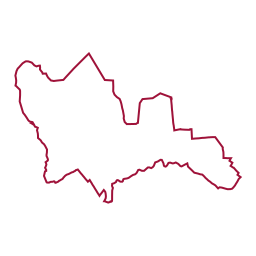 Río Blanco, Veracruz, Mexico (Robinson projection)
{"feature_id": "50627088B97163330601020", "entity_name": "Río Blanco", "entity_type": "district", "adm_level": 2, "iso_a3": "MEX", "parent_name": "Mexico", "parent_adm1": "Veracruz", "projection": "robinson", "projection_center": [-97.148, 18.845], "detail": "fine", "context": "isolated", "style": "outline", "palette": "rose", "viewbox_px": 256, "rotation_deg": 0, "n_neighbors": 0, "source": "geoboundaries", "source_scale": "gbopen_adm2", "svg_char_len": 4714}
<svg xmlns="http://www.w3.org/2000/svg" viewBox="0 0 256 256"><path d="M240.6,177.1L239.8,176.5L238.9,175.9L238.1,175.2L237.5,174.8L238.6,172.9L236.3,170.7L233.8,167.8L233.5,167.8L230.6,165.9L230.9,165.5L231.9,163.7L232.4,162.7L229.5,160.8L230.5,158.9L230.7,158.5L230.9,158.2L227.3,158.2L227.2,158.2L226.5,158.1L223.5,158.0L223.5,156.4L223.5,154.7L223.4,152.0L222.9,149.8L222.8,149.5L222.7,148.1L222.7,147.7L222.8,147.4L222.4,146.9L215.2,137.1L214.5,137.1L212.9,137.1L212.7,137.1L212.4,137.1L211.6,137.2L210.9,137.2L209.8,137.3L209.0,137.3L205.4,137.7L204.2,137.8L202.1,137.9L198.8,138.3L197.0,138.4L195.4,138.5L194.3,138.6L192.0,138.8L191.9,137.0L191.8,135.1L191.5,129.2L190.2,129.2L189.9,129.3L189.7,129.7L189.5,129.8L188.5,129.8L185.4,129.7L185.2,129.7L180.2,129.4L180.2,129.2L174.3,130.4L174.3,129.9L173.7,125.6L173.7,125.4L173.5,124.6L173.2,122.6L173.0,120.1L173.0,119.9L172.8,118.0L172.4,113.7L172.2,111.1L172.1,110.9L171.8,107.1L171.7,105.4L171.2,100.4L171.3,100.1L171.2,99.8L171.4,99.9L171.5,99.6L171.6,98.9L171.6,98.6L171.3,97.8L171.3,97.4L160.5,93.4L160.3,93.3L152.7,98.2L142.5,99.1L139.8,103.1L137.9,122.8L137.6,122.8L136.1,123.9L133.0,124.0L126.8,124.1L124.7,122.0L123.7,118.5L123.9,116.1L123.4,113.3L122.9,110.5L122.2,108.1L121.6,104.9L121.3,103.6L120.6,101.2L119.6,98.9L116.9,97.1L114.5,94.6L113.2,91.3L113.3,86.5L113.1,80.5L104.8,80.0L88.9,53.5L85.3,57.0L80.4,61.9L73.2,69.1L72.7,69.7L65.6,77.4L63.4,79.9L56.8,80.6L53.7,81.0L52.9,80.8L51.0,80.5L48.1,77.6L47.1,75.9L46.0,73.5L44.7,73.6L42.7,73.7L42.3,72.4L41.3,71.2L40.0,69.5L40.1,67.3L39.9,65.6L39.7,65.6L38.3,65.8L36.5,66.4L34.4,65.4L31.8,62.6L28.3,61.4L26.0,61.3L24.9,61.8L22.6,63.3L20.5,65.6L19.0,67.3L17.7,68.6L17.6,68.8L16.5,71.1L15.4,75.6L15.8,77.6L16.2,80.3L16.1,82.7L15.5,85.6L16.0,85.9L17.3,87.2L18.3,88.2L19.7,89.5L20.1,90.8L20.1,95.3L19.7,101.5L20.8,105.1L23.1,112.8L24.8,114.9L26.9,118.0L28.3,120.3L29.5,121.4L30.4,121.7L32.5,122.1L33.4,123.6L32.1,123.7L32.8,124.1L34.3,125.2L34.9,126.6L36.8,127.3L37.8,127.8L37.0,130.2L37.8,133.3L38.0,135.6L38.0,138.0L40.5,140.1L40.8,140.5L42.0,142.5L44.1,144.3L45.3,146.2L45.5,146.6L47.0,149.5L46.9,152.6L46.7,153.7L46.5,155.0L46.6,156.2L47.2,157.4L47.9,159.3L47.8,160.5L46.8,161.3L45.6,162.2L46.0,163.1L46.4,164.6L45.6,166.8L45.1,167.8L46.2,169.9L46.2,170.9L45.0,171.4L44.0,175.9L46.2,181.3L46.5,182.1L46.9,182.5L47.9,182.6L49.0,182.6L49.6,182.4L50.0,182.1L50.4,181.9L51.3,181.8L51.8,181.8L52.3,181.8L52.7,181.7L53.2,181.6L53.6,181.4L54.0,181.3L54.4,181.4L54.7,181.7L55.0,182.3L55.2,182.7L55.7,182.8L56.9,182.2L57.5,182.0L57.9,181.8L58.4,181.5L58.7,181.1L59.1,180.8L59.5,180.7L59.9,180.4L60.5,180.1L61.2,179.6L61.9,179.3L62.4,179.0L62.8,178.6L63.1,178.2L63.3,177.8L63.5,177.5L63.9,177.2L64.2,176.8L64.5,176.5L64.8,176.1L65.1,175.9L65.5,175.5L65.8,175.3L67.1,174.5L68.5,174.1L69.5,173.6L71.5,172.5L72.1,172.3L73.2,172.0L74.4,171.2L75.0,171.0L75.9,170.1L76.1,170.1L77.8,169.5L78.0,169.8L78.2,170.0L79.8,172.0L80.8,173.3L82.1,174.7L83.0,175.9L83.4,176.3L84.3,177.4L85.4,178.8L86.7,180.3L87.0,180.6L87.9,181.7L89.1,180.6L89.7,180.0L90.2,180.8L90.7,181.7L91.5,182.9L91.9,183.6L92.2,184.2L92.9,185.3L93.8,186.6L94.6,188.0L95.4,189.3L96.3,190.7L97.0,191.9L97.8,193.2L98.7,194.5L99.5,195.8L99.8,195.3L101.0,193.7L102.1,192.3L102.6,191.6L103.2,190.8L103.8,190.0L104.7,191.1L105.3,192.0L105.4,192.6L105.6,193.4L105.7,194.2L105.9,196.3L105.7,198.2L105.1,199.5L104.2,201.2L104.5,201.2L105.6,201.6L106.9,202.1L107.0,202.1L108.0,202.5L108.5,202.5L109.0,202.2L109.4,202.2L109.8,202.1L110.1,201.7L110.3,201.5L110.4,201.4L111.0,201.7L111.3,201.6L111.5,201.6L111.7,201.4L112.0,201.0L112.1,199.7L112.1,195.7L112.2,190.5L112.6,189.0L112.9,187.9L112.5,187.2L112.0,185.8L112.2,183.8L114.2,183.2L116.0,182.0L116.5,180.7L117.2,180.1L118.3,180.3L120.2,181.6L121.2,181.7L122.3,181.7L122.9,181.0L123.3,179.3L124.0,178.9L125.2,178.7L126.6,178.5L127.8,178.2L128.9,177.7L131.0,176.2L131.6,175.8L133.1,174.9L133.8,174.7L135.1,174.3L136.4,173.2L137.3,171.7L138.2,170.0L139.4,169.7L141.9,170.8L144.1,170.8L147.8,167.5L149.2,167.4L151.2,168.1L152.7,167.2L153.2,166.6L153.8,165.9L155.2,162.4L157.8,161.5L160.5,159.8L161.8,159.9L163.5,163.4L163.8,165.2L164.3,166.2L165.7,166.6L167.0,165.5L168.5,162.9L170.1,162.6L172.5,163.4L173.6,163.3L175.8,162.5L178.3,163.9L180.4,166.1L181.6,166.4L185.3,164.4L186.7,163.7L187.3,163.4L188.0,166.6L191.8,170.2L194.3,172.7L198.1,173.6L200.2,174.3L202.3,174.6L204.0,176.2L205.6,178.0L207.2,179.4L208.3,180.5L210.1,181.7L212.0,183.4L213.7,184.3L215.4,185.4L218.1,188.4L218.7,187.9L219.6,187.3L221.8,187.6L225.6,188.7L227.7,189.2L230.5,189.1L232.1,188.7L233.1,187.7L233.9,186.8L235.1,185.3L235.5,184.5L237.4,181.5L238.7,179.0L239.7,178.0L240.6,177.1Z" fill="none" stroke="#9f1239" stroke-width="2"/></svg>